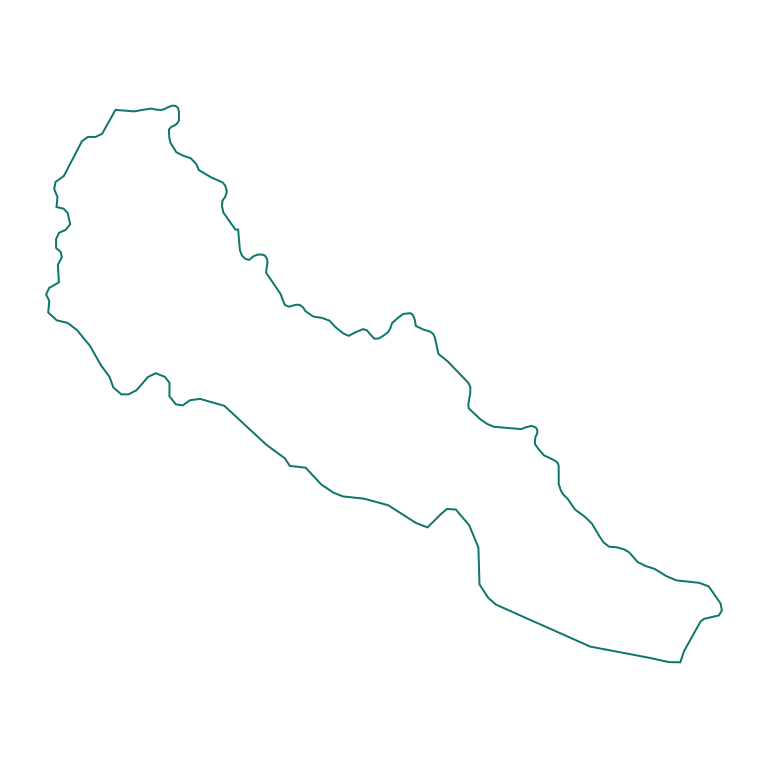 the district of Santa Lucía La Reforma, Totonicapán, Guatemala
{"feature_id": "79465075B7402563693044", "entity_name": "Santa Lucía La Reforma", "entity_type": "district", "adm_level": 2, "iso_a3": "GTM", "parent_name": "Guatemala", "parent_adm1": "Totonicapán", "projection": "albers", "projection_center": [-91.279, 15.153], "detail": "fine", "context": "isolated", "style": "outline", "palette": "teal", "viewbox_px": 768, "rotation_deg": 0, "n_neighbors": 0, "source": "geoboundaries", "source_scale": "gbopen_adm2", "svg_char_len": 2512}
<svg xmlns="http://www.w3.org/2000/svg" viewBox="0 0 768 768"><path d="M289.8,465.9L305.6,467.7L321.4,484.6L333.7,492.8L342.9,496.4L364.2,498.7L388.3,505.3L416.0,523.0L427.5,527.4L441.3,513.7L447.0,509.0L455.8,509.5L469.2,525.3L478.4,547.5L479.5,584.4L488.2,597.8L495.9,604.6L590.2,646.6L650.7,658.1L668.8,662.1L680.3,662.3L684.1,651.0L700.5,621.6L703.9,618.9L718.9,615.4L721.9,610.4L720.5,603.4L708.7,586.4L699.5,582.9L676.1,580.3L666.1,576.0L654.6,568.9L646.1,566.2L637.7,562.1L629.1,552.3L624.2,549.5L616.9,547.3L609.1,546.7L603.4,542.3L599.5,536.4L591.9,523.6L584.9,516.8L575.2,509.7L567.6,498.8L563.5,494.7L560.8,490.5L558.7,483.8L558.7,465.9L557.9,463.3L556.0,461.3L549.4,457.8L544.1,455.5L538.5,449.1L534.9,444.0L535.0,440.0L535.6,436.6L537.2,433.5L537.3,429.9L535.7,427.4L531.6,425.9L525.6,427.3L521.2,429.1L493.8,426.8L487.1,423.9L480.9,419.7L468.9,408.6L468.3,405.9L468.6,402.3L469.3,398.4L470.3,392.6L470.3,386.8L468.4,382.9L447.7,361.4L438.5,354.0L434.8,337.5L433.3,334.1L430.1,331.6L423.0,329.4L415.8,325.9L414.9,320.3L412.9,315.0L410.5,313.2L403.5,313.9L398.5,317.4L392.1,323.0L390.4,328.0L388.3,331.9L383.3,335.8L378.5,338.6L374.3,338.7L369.5,333.5L367.0,330.4L363.1,329.1L355.8,332.1L348.8,335.8L343.6,333.6L336.0,327.6L329.4,320.6L321.8,317.9L313.3,316.5L305.4,311.1L303.4,307.8L299.8,304.9L296.9,304.7L293.8,305.3L288.9,306.7L285.1,305.1L282.9,300.4L280.7,294.2L266.0,272.5L267.5,262.4L267.0,259.0L265.1,255.7L261.9,254.5L257.8,254.6L253.7,256.2L249.1,259.9L245.3,258.9L241.8,255.3L239.9,250.0L238.1,229.5L235.4,229.6L223.3,212.4L222.0,206.2L222.4,200.8L225.2,196.9L226.9,191.8L225.3,185.7L222.6,182.4L211.6,177.6L198.9,170.1L196.0,163.7L190.7,158.2L183.6,155.9L176.4,152.3L170.3,142.6L169.2,137.1L168.9,129.6L171.1,127.0L174.5,125.4L176.8,123.8L178.9,120.6L179.0,111.7L177.9,107.9L175.5,105.8L171.8,105.7L167.2,107.6L164.3,109.2L160.9,110.0L156.6,109.7L151.5,108.6L143.5,109.7L134.2,111.4L115.5,109.9L102.1,133.8L95.4,137.0L88.0,136.9L82.0,141.1L63.9,175.9L55.5,182.0L54.2,189.0L57.5,197.1L56.5,207.1L63.6,208.7L67.7,213.0L70.2,224.3L65.5,229.9L59.0,232.8L56.1,239.1L56.1,248.0L60.6,251.8L61.9,257.1L57.9,264.8L58.9,282.3L49.1,288.0L46.1,294.5L49.3,300.9L48.2,312.4L56.7,320.3L67.6,322.9L76.9,330.0L90.0,345.9L100.8,365.0L109.6,377.1L113.3,387.4L121.2,394.3L128.6,394.3L136.5,390.2L148.0,377.0L155.7,373.2L164.9,376.9L169.5,382.8L169.4,396.3L175.8,404.3L182.8,405.4L190.0,400.2L200.0,398.9L224.3,405.8L266.9,445.2L284.9,458.3L289.8,465.9Z" fill="none" stroke="#0f766e" stroke-width="2"/></svg>